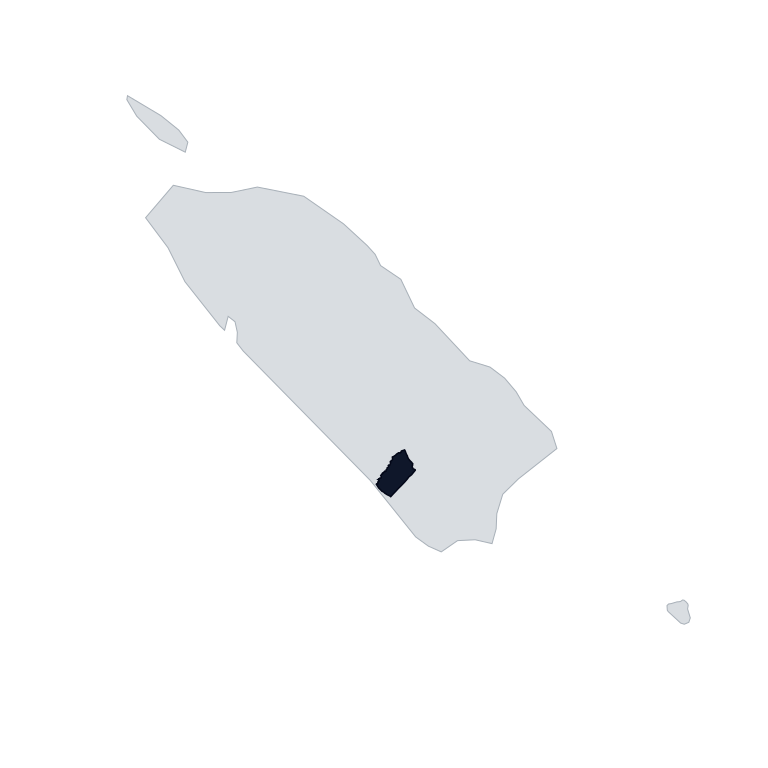 location of Camuy, Puerto Rico, rotated 224°
{"feature_id": "32010507B35175802889516", "entity_name": "Camuy", "entity_type": "district", "adm_level": 2, "iso_a3": "PRI", "parent_name": "Puerto Rico", "parent_adm1": "", "projection": "orthographic", "projection_center": [-66.848, 18.417], "detail": "fine", "context": "in_parent", "style": "filled", "palette": "ink", "viewbox_px": 768, "rotation_deg": 224, "n_neighbors": 0, "source": "geoboundaries", "source_scale": "gbopen_adm2", "svg_char_len": 2684}
<svg xmlns="http://www.w3.org/2000/svg" viewBox="0 0 768 768"><g transform="rotate(224 384 384)"><path d="M525.4,319.3L534.4,325.3L543.1,324.4L536.0,311.9L542.5,311.8L598.2,319.3L634.1,332.0L671.0,338.0L673.6,380.6L645.3,397.8L626.9,415.7L611.9,437.7L572.2,463.3L524.2,471.1L492.3,471.9L480.4,471.1L468.7,466.8L444.6,471.0L414.8,459.9L389.2,462.8L338.5,460.2L319.5,469.8L301.3,472.0L283.5,470.2L268.3,465.9L230.6,466.2L214.8,457.7L221.4,409.2L222.0,387.2L212.8,369.1L202.7,357.7L195.4,344.2L210.2,335.3L222.3,322.4L226.2,303.0L239.4,298.2L255.0,296.0L326.7,305.1L508.1,309.9L518.5,311.4L525.4,319.3ZM730.8,422.1L708.0,424.1L693.1,421.7L688.0,412.7L715.6,404.0L747.9,404.9L766.5,409.9L768.8,413.2L730.8,422.1ZM18.0,436.9L15.2,437.1L12.5,436.8L11.3,435.9L9.4,433.1L1.2,428.5L-0.8,424.3L1.1,419.8L4.5,418.1L21.4,417.7L23.1,418.1L26.5,421.2L26.5,423.4L24.9,425.5L21.9,430.8L20.6,432.2L19.6,433.6L19.2,436.0L18.0,436.9Z" fill="#d9dde1" stroke="#a8b0b8" stroke-width="1"/><path d="M303.3,343.5L303.8,343.2L305.1,343.6L305.5,343.5L305.7,343.9L306.5,344.3L307.0,345.0L307.0,345.6L307.6,346.1L308.0,346.7L309.1,346.7L309.6,346.9L312.1,346.9L314.5,347.2L314.9,347.3L315.4,347.6L316.3,347.7L316.9,348.4L318.0,348.7L319.7,349.3L322.1,350.5L323.4,350.9L324.1,349.5L324.6,348.6L324.9,348.0L324.9,347.5L324.3,346.6L324.7,345.9L324.6,345.3L325.1,345.2L325.8,344.6L326.1,342.8L326.3,342.4L326.1,341.9L326.3,341.7L326.2,340.8L326.6,339.4L326.7,338.6L326.8,338.2L327.3,337.4L326.9,336.9L326.7,336.7L326.4,336.5L325.8,336.1L325.4,335.4L325.2,334.6L325.6,333.9L325.4,333.3L325.6,332.7L325.4,332.2L324.7,332.2L324.3,331.8L323.5,329.6L323.6,329.4L324.3,329.0L324.3,328.4L324.0,328.4L323.4,327.9L323.2,327.1L323.5,325.9L323.1,325.6L322.8,324.8L322.9,324.1L322.6,323.3L322.0,322.6L322.3,321.9L322.9,321.8L322.9,320.4L322.8,319.9L323.2,319.1L322.7,318.8L322.6,318.1L323.0,317.9L322.9,316.8L322.7,315.8L321.9,315.7L321.2,315.0L320.9,314.0L321.6,313.6L321.6,312.8L321.8,312.5L321.5,312.1L321.9,311.9L321.7,311.5L321.9,311.1L321.1,311.3L320.8,310.9L320.2,310.9L320.1,309.6L320.4,309.3L320.2,309.0L319.7,309.0L319.5,308.8L319.5,308.7L319.5,308.2L319.2,307.8L319.7,307.6L320.0,306.9L319.8,306.5L319.2,306.4L317.6,306.0L316.4,305.7L315.6,305.5L314.8,305.5L314.7,305.5L313.6,305.5L313.0,305.5L311.2,305.4L310.9,305.4L309.6,305.9L309.3,306.0L307.4,306.0L306.6,306.2L305.7,306.4L305.1,306.5L304.8,306.6L304.4,306.7L302.4,307.4L302.0,307.5L300.9,307.6L301.0,311.4L301.0,312.6L301.0,315.3L301.1,318.0L301.1,319.4L301.0,322.7L301.0,327.9L301.2,331.4L301.2,331.9L301.6,334.3L301.1,337.9L301.2,338.9L301.6,343.7L301.7,343.8L302.0,344.0L302.9,343.8L303.3,343.5Z" fill="#0f172a" stroke="#020617" stroke-width="1.5"/></g></svg>